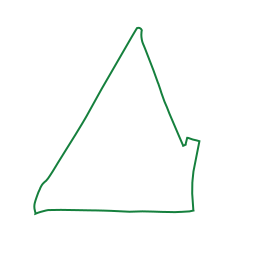 Zawiyya Al-Hamra, Al Qahirah, Egypt, rotated 190°
{"feature_id": "37247803B37865224267935", "entity_name": "Zawiyya Al-Hamra", "entity_type": "district", "adm_level": 2, "iso_a3": "EGY", "parent_name": "Egypt", "parent_adm1": "Al Qahirah", "projection": "mercator", "projection_center": [31.271, 30.098], "detail": "fine", "context": "isolated", "style": "outline", "palette": "green", "viewbox_px": 256, "rotation_deg": 190, "n_neighbors": 0, "source": "geoboundaries", "source_scale": "gbopen_adm2", "svg_char_len": 1917}
<svg xmlns="http://www.w3.org/2000/svg" viewBox="0 0 256 256"><g transform="rotate(190 128 128)"><path d="M55.4,127.4L58.3,127.7L62.2,127.9L66.5,128.6L67.2,128.7L68.0,128.6L68.1,127.2L68.4,123.0L68.4,122.6L68.4,122.3L68.3,121.9L68.3,121.6L70.6,120.1L70.8,120.5L71.0,120.8L76.1,128.5L89.8,149.5L93.2,155.1L96.7,160.4L99.2,164.8L101.2,168.3L103.0,171.8L105.0,175.4L105.9,177.1L106.1,177.3L106.3,177.6L113.0,189.3L124.9,209.0L126.8,212.0L127.0,212.3L127.1,212.5L127.4,212.8L127.6,213.2L127.8,213.6L128.1,214.0L128.3,214.4L128.5,214.7L128.7,215.1L128.9,215.5L129.1,215.9L129.3,216.3L129.4,216.7L129.6,217.1L129.8,217.5L129.9,218.0L130.1,218.4L130.2,218.8L130.3,219.2L130.5,219.6L130.6,220.1L130.7,220.5L130.8,220.9L130.9,221.4L131.0,221.8L131.1,222.2L131.1,222.7L131.2,223.1L131.2,223.5L131.3,224.0L131.3,224.4L131.4,224.8L131.4,225.3L131.4,225.7L131.4,226.2L131.4,226.6L131.6,226.9L131.8,227.2L132.0,227.4L132.2,227.6L132.4,227.8L132.6,227.9L132.9,228.1L133.2,228.2L133.4,228.3L133.7,228.4L134.0,228.5L134.3,228.5L134.6,228.5L134.9,228.5L135.3,228.4L135.6,228.3L135.9,228.2L136.1,228.0L136.5,227.9L137.5,225.4L140.0,218.8L155.3,176.8L160.5,162.6L163.3,154.5L166.6,144.9L170.9,132.4L171.1,131.9L171.3,131.3L173.8,124.6L178.4,112.8L182.1,103.6L185.5,95.2L190.0,84.0L191.0,81.5L194.5,72.5L196.6,67.5L198.0,64.4L199.5,61.8L200.8,60.3L202.2,58.3L203.0,56.7L203.9,54.0L204.0,53.4L204.1,52.8L205.1,49.1L205.9,44.6L206.5,40.7L206.8,37.8L206.8,36.1L206.6,34.3L206.1,32.3L205.1,29.9L204.9,29.4L204.6,28.9L204.3,27.8L204.3,27.5L201.6,29.1L199.3,30.3L194.5,32.5L192.4,33.3L179.9,35.7L165.0,38.1L151.1,40.3L145.7,41.2L136.4,42.6L130.0,43.5L112.0,45.8L99.4,48.4L88.3,50.1L81.2,51.1L78.5,51.5L74.2,52.2L69.0,53.0L67.6,53.2L65.3,53.7L61.8,54.5L61.6,54.5L52.8,56.6L52.6,56.7L49.2,58.1L49.4,58.5L53.4,74.6L55.2,85.7L55.2,86.3L55.3,86.9L56.0,96.6L55.4,126.2L55.4,126.9L55.4,127.4Z" fill="none" stroke="#15803d" stroke-width="2"/></g></svg>